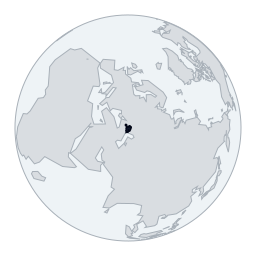 globe centered on Kalmyk, rotated 64°
{"feature_id": "RUS-2390", "entity_name": "Kalmyk", "entity_type": "Republic", "adm_level": 1, "iso_a3": "RUS", "parent_name": "Russia", "parent_adm1": "", "projection": "orthographic", "projection_center": [44.737, 46.505], "detail": "coarse", "context": "on_globe", "style": "filled", "palette": "ink", "viewbox_px": 256, "rotation_deg": 64, "n_neighbors": 0, "source": "natural_earth", "source_scale": "10m", "svg_char_len": 10725}
<svg xmlns="http://www.w3.org/2000/svg" viewBox="0 0 256 256"><g transform="rotate(64 128 128)"><circle cx="128" cy="128" r="113" fill="#eef3f6" stroke="#a8b0b8"/><path d="M112.6,16.4L114.2,16.7L111.2,16.9L112.1,17.1L116.0,16.9L118.3,16.8L126.8,19.0L139.3,21.4L144.4,21.3L142.3,22.1L152.8,21.7L160.3,23.6L151.1,22.1L149.6,22.4L154.3,23.8L153.8,24.5L155.8,25.7L154.8,26.5L149.4,25.9L148.7,26.4L152.1,27.4L153.2,29.1L148.3,27.5L149.7,30.2L141.1,30.2L128.9,26.3L123.3,27.8L108.7,28.3L109.3,29.3L104.2,30.5L102.9,32.2L100.6,32.0L101.6,33.6L104.0,33.4L105.2,34.1L104.7,35.2L101.6,35.1L101.4,34.5L100.2,35.0L98.9,34.6L99.3,35.4L95.6,35.3L98.4,37.0L94.8,38.3L92.6,37.8L93.9,35.8L92.0,30.3L90.2,29.6L86.3,30.4L76.6,36.3L74.1,36.5L69.9,38.5L70.8,39.1L74.4,37.9L74.9,39.9L79.2,38.5L80.1,39.2L84.0,38.8L82.2,41.2L78.3,43.9L74.9,44.4L73.1,45.7L75.4,47.3L68.1,50.6L61.8,57.0L60.0,57.7L58.3,55.1L60.8,49.6L58.6,47.1L58.8,51.2L54.4,53.4L53.2,54.9L52.7,56.4L53.9,56.6L52.2,58.0L51.3,54.2L52.9,52.9L53.1,54.0L54.3,51.6L53.7,49.5L51.5,51.0L52.9,46.9L51.4,48.0L50.9,47.9L53.2,46.3L49.0,49.2L50.3,46.5L47.9,48.8L53.9,43.2L60.2,38.0L67.0,33.3L74.0,29.2L81.3,25.5L88.8,22.4L96.6,19.8L104.5,17.8L112.6,16.4ZM15.6,134.7L16.0,139.4L17.6,149.5L18.5,154.3L16.6,144.6L15.6,134.7ZM119.4,16.6L116.1,16.9L112.8,16.9L115.6,16.6L119.4,16.6ZM125.7,17.2L124.0,17.4L123.1,16.8L124.3,16.9L125.7,17.2ZM148.1,21.2L145.5,20.6L148.2,21.0L148.1,21.2ZM156.3,25.7L157.2,25.7L157.8,26.4L156.3,25.7ZM84.8,37.5L84.4,38.1L83.8,37.9L84.8,37.5ZM86.8,36.8L86.4,36.1L87.4,35.6L87.6,36.1L86.8,36.8ZM156.8,28.3L157.6,29.4L155.9,28.1L156.8,28.3ZM87.1,37.8L89.0,35.0L90.7,34.3L92.9,35.5L87.1,37.8ZM157.4,30.0L159.4,33.1L161.5,33.2L156.5,34.8L156.5,31.5L154.1,29.8L156.4,30.5L157.4,30.0ZM105.0,32.9L102.4,33.1L105.0,32.0L105.0,32.9ZM106.3,32.1L112.6,28.1L116.1,28.5L113.3,29.7L118.3,29.6L116.9,31.7L113.9,32.2L111.9,31.5L112.9,32.9L106.3,32.1ZM153.3,35.3L153.0,36.0L152.4,35.2L153.3,35.3ZM105.9,34.3L106.9,33.4L110.0,33.6L108.7,35.5L108.1,34.8L105.9,34.3ZM120.2,28.6L122.3,29.2L121.8,31.1L122.5,31.6L117.2,31.8L120.2,28.6ZM107.1,35.3L107.9,36.5L105.9,37.4L105.2,35.2L107.1,35.3ZM111.4,33.0L112.8,33.2L111.6,33.7L111.4,33.0ZM99.5,41.5L100.6,40.2L102.3,40.2L99.5,41.5ZM108.3,36.9L109.0,36.6L109.8,36.5L109.9,37.5L108.3,36.9ZM117.2,33.2L116.5,33.9L119.3,33.2L119.1,34.7L115.5,34.6L116.9,35.2L116.8,35.7L114.1,35.1L117.2,33.2ZM112.4,38.2L107.8,38.8L105.5,41.1L103.9,41.1L108.0,37.5L112.4,38.2ZM113.6,36.4L112.5,37.5L111.1,36.9L111.0,35.8L113.6,36.4ZM120.1,35.7L121.5,33.5L122.2,33.6L120.1,35.7ZM112.0,38.9L113.1,38.8L112.0,39.2L112.0,38.9ZM117.9,36.8L118.3,36.0L119.1,36.1L117.9,36.8ZM115.0,39.3L113.6,39.4L113.4,38.6L115.0,39.3ZM116.6,38.2L117.6,38.7L114.3,38.3L116.6,37.8L116.6,38.2ZM118.7,37.1L119.3,36.9L118.4,37.4L118.7,37.1ZM116.4,42.3L112.2,42.0L111.9,40.2L116.0,40.7L116.4,42.3ZM34.8,163.6L31.5,144.9L34.5,141.7L36.0,135.0L57.3,124.7L60.8,129.0L76.4,134.0L78.1,135.9L75.1,140.9L85.9,152.5L90.7,149.1L101.6,155.7L109.6,156.9L114.5,146.5L101.4,144.4L100.3,138.5L111.7,135.7L123.3,137.7L123.3,135.5L116.9,129.9L120.5,126.2L114.8,127.6L116.4,130.1L112.8,131.2L111.2,129.0L112.5,127.7L109.3,126.2L103.7,133.1L104.7,136.3L95.6,135.7L96.5,141.2L93.7,142.8L91.2,134.3L92.2,131.6L86.8,121.1L85.0,123.7L89.9,134.0L87.9,132.7L85.5,136.8L85.8,132.7L80.8,121.1L73.3,119.7L62.1,126.5L58.0,124.9L55.4,120.2L61.3,110.1L69.6,114.8L71.8,111.7L71.6,104.9L74.1,107.1L75.1,105.0L78.4,106.6L84.5,103.6L88.1,104.6L91.9,98.7L94.2,98.5L91.3,102.0L91.2,105.2L100.2,108.0L102.4,107.1L104.1,103.1L106.4,104.6L107.0,100.4L112.8,100.2L106.1,97.0L108.0,92.7L112.3,90.1L111.7,88.2L104.7,92.4L103.0,94.7L103.4,97.4L97.7,103.6L94.3,103.7L95.7,95.5L91.0,94.9L94.2,89.1L111.2,80.7L117.6,79.9L125.2,87.7L122.9,90.2L119.1,88.6L121.3,94.1L121.8,91.7L123.7,93.0L125.9,89.5L127.4,90.3L127.1,85.7L129.1,86.3L129.3,89.2L134.3,84.8L138.9,85.2L139.4,83.8L138.6,82.3L144.9,84.0L145.0,82.9L142.9,82.0L141.7,79.3L142.0,75.4L144.2,76.2L144.4,77.7L148.1,82.2L148.2,86.4L149.1,86.3L149.5,82.9L145.0,77.4L144.6,74.8L147.1,77.1L146.1,76.1L146.6,75.1L149.1,74.9L146.5,72.3L148.7,61.1L153.8,59.9L155.8,62.9L159.6,56.8L165.0,56.4L163.1,55.4L163.6,52.2L161.9,52.2L161.0,51.5L161.7,43.7L163.5,42.7L161.6,38.8L160.6,38.4L159.1,38.9L156.5,34.8L161.5,33.2L163.5,34.2L165.3,32.7L169.6,35.4L174.0,37.1L177.5,41.2L180.7,42.4L181.0,41.7L185.6,43.0L193.7,48.4L185.6,47.0L173.1,40.5L178.0,43.3L176.5,43.6L177.9,45.3L181.5,47.3L182.2,46.9L185.5,56.1L193.0,64.4L193.6,60.8L196.5,60.9L205.7,68.5L213.9,86.3L217.8,87.6L219.7,90.0L220.0,93.9L217.2,90.4L215.3,91.3L213.7,88.9L213.2,94.4L210.9,91.2L211.6,97.2L214.0,98.5L215.3,94.8L217.0,101.6L221.5,102.7L224.7,107.6L226.3,122.3L223.8,130.6L224.3,132.6L221.9,132.8L220.9,138.9L227.0,144.1L227.5,146.8L224.9,156.3L224.4,154.5L218.1,155.2L218.5,162.4L223.3,163.4L225.0,167.7L222.0,169.1L220.1,165.4L217.8,165.5L217.3,159.7L213.4,153.1L210.3,157.6L209.5,154.1L203.6,149.7L198.5,155.9L191.0,170.7L191.7,179.8L188.4,185.3L180.2,175.5L177.1,167.0L173.7,169.1L165.5,163.3L150.2,166.1L148.4,163.8L145.5,165.5L139.8,163.5L137.1,159.4L133.5,159.9L140.6,170.5L144.6,169.9L148.3,165.2L149.5,169.0L155.1,171.6L147.7,181.8L125.6,190.8L124.1,183.8L110.6,162.5L111.3,160.2L111.3,159.9L111.2,159.4L109.3,163.1L107.2,158.7L113.7,174.0L114.5,180.1L125.3,191.2L124.1,192.2L127.8,194.3L140.2,191.3L140.2,193.5L133.9,203.7L117.2,215.4L119.8,222.5L119.2,227.8L109.7,230.0L111.4,233.3L106.6,233.6L106.9,235.1L103.6,235.7L97.6,235.4L86.6,232.1L85.2,230.9L78.6,226.6L69.1,215.8L71.1,212.6L69.8,208.4L61.9,195.7L63.6,190.7L61.6,187.2L57.6,185.7L55.4,181.4L53.0,179.9L38.6,171.5L34.8,163.6ZM48.8,133.3L47.9,135.1L48.8,133.3ZM134.9,145.3L142.3,145.4L140.1,138.4L142.8,138.0L141.0,135.9L139.9,137.9L135.9,132.1L139.5,129.8L139.1,126.7L136.6,126.6L130.7,131.7L136.5,140.0L134.3,142.9L134.9,145.3ZM43.4,53.7L42.3,54.9L43.4,53.7ZM54.5,53.6L54.5,54.0L53.7,55.6L53.4,55.1L54.5,53.6ZM54.2,61.9L51.4,64.0L53.2,62.0L52.2,61.6L54.8,57.1L59.3,57.9L56.8,58.2L54.2,61.9ZM59.4,51.6L57.3,54.2L59.5,51.4L59.4,51.6ZM77.0,93.0L77.7,95.0L75.7,96.9L71.2,96.2L74.0,93.4L77.0,93.0ZM79.0,97.6L81.7,90.1L84.6,90.4L82.5,91.4L84.2,92.4L81.3,94.4L81.4,102.4L79.7,104.7L72.3,101.8L75.7,101.4L74.9,99.3L79.0,97.6ZM83.4,72.2L84.6,69.4L89.3,73.6L87.7,75.7L83.1,75.0L82.3,72.1L83.4,72.2ZM90.6,40.8L90.7,39.9L91.6,39.8L92.1,40.6L90.6,40.8ZM99.8,40.9L90.8,44.8L90.5,43.9L85.6,47.5L82.9,46.7L86.2,44.3L80.4,46.5L82.3,44.0L78.5,45.9L86.1,40.7L87.6,38.7L87.0,41.2L89.4,42.0L90.9,41.7L96.2,39.7L100.6,36.1L103.7,36.6L104.7,37.8L104.1,38.7L102.3,38.1L102.8,39.8L99.8,39.6L99.8,40.9ZM115.0,55.4L113.1,53.8L113.7,58.1L110.6,57.5L110.9,58.1L108.2,58.8L105.4,60.8L104.1,60.1L103.6,61.2L101.8,61.8L100.6,63.0L97.9,62.4L96.3,63.9L96.0,62.8L93.8,65.6L94.2,63.3L91.9,64.0L92.7,65.9L81.4,60.7L76.4,60.7L71.9,62.1L73.2,58.2L78.3,54.5L84.8,51.7L89.5,52.4L89.3,50.7L91.5,50.5L90.7,52.0L93.1,49.7L94.7,50.0L100.6,48.2L103.1,45.0L105.3,44.4L105.1,45.8L107.4,44.2L108.6,46.5L110.2,46.2L112.9,48.3L111.7,51.4L113.6,50.8L115.7,52.5L115.0,55.4ZM117.0,42.9L116.2,46.6L114.1,48.1L110.2,43.9L108.6,43.9L106.0,41.4L109.1,39.3L109.6,40.2L110.7,40.5L109.3,41.0L111.3,40.9L112.0,42.1L113.8,42.4L113.0,43.5L117.0,42.9ZM80.8,134.5L82.3,135.4L84.8,136.0L83.3,138.8L80.8,134.5ZM77.3,126.8L78.8,127.0L77.8,130.9L76.3,130.1L77.3,126.8ZM80.3,123.9L78.9,126.7L78.8,124.7L80.3,123.9ZM92.7,102.1L94.4,102.1L94.2,103.1L93.0,104.3L92.7,102.1ZM116.1,69.0L115.3,67.7L116.0,67.3L116.6,63.9L118.9,64.1L119.5,66.3L116.1,69.0ZM111.9,148.1L109.1,149.9L108.1,148.7L109.2,148.3L111.9,148.1ZM95.2,144.7L98.6,147.0L94.7,145.4L95.2,144.7ZM118.7,68.8L118.7,67.3L119.9,68.4L118.7,68.8ZM120.7,64.2L122.2,65.1L119.3,63.8L120.7,64.2ZM138.9,226.8L132.2,234.7L126.8,234.8L125.3,232.8L127.5,228.1L133.6,226.5L136.6,223.8L138.9,226.8ZM234.9,162.8L235.7,160.8L235.5,161.3L234.9,162.8ZM234.2,163.9L235.2,161.5L233.8,165.1L234.2,163.9ZM235.6,160.5L236.7,157.2L237.1,155.5L236.9,156.4L235.6,160.5ZM233.3,165.6L227.9,174.6L225.5,177.0L226.3,175.0L230.3,169.7L233.3,165.6ZM226.1,175.2L222.0,176.6L214.6,172.3L217.3,170.2L224.7,169.8L224.2,171.4L226.7,171.2L226.1,175.2ZM235.0,155.5L234.5,159.4L231.7,164.1L230.4,165.8L229.4,163.0L230.0,159.9L231.2,158.2L234.6,143.2L236.0,142.5L235.3,148.1L236.4,148.9L235.0,155.5ZM192.3,180.4L195.2,184.2L193.2,186.0L192.3,180.4ZM234.9,134.7L234.2,141.1L234.6,133.8L234.9,134.7ZM234.5,128.6L235.1,130.2L234.1,129.7L234.5,128.6ZM225.2,135.1L223.9,137.5L223.4,136.2L224.7,132.5L225.2,135.1ZM227.1,111.8L229.0,115.6L229.4,117.3L227.9,115.9L227.1,111.8ZM138.7,70.5L135.2,74.8L134.3,78.4L136.2,81.1L132.1,79.3L133.5,73.7L138.7,70.5ZM147.2,62.1L145.5,60.0L147.2,59.8L147.8,60.3L147.2,62.1ZM145.5,61.5L141.7,61.0L141.4,59.2L144.5,59.9L145.5,61.5ZM130.2,64.6L129.0,65.8L128.0,64.9L130.2,64.6ZM237.0,156.3L236.7,157.5L237.6,154.1L237.0,156.3ZM240.5,133.3L240.3,135.3L240.6,130.2L240.5,133.3ZM239.4,143.2L239.3,144.3L239.2,144.7L239.4,143.2ZM240.1,138.9L239.6,142.3L239.8,141.2L240.1,138.9L240.1,138.9ZM237.0,148.2L237.4,149.4L238.4,145.0L237.6,149.3L238.0,150.7L237.6,152.7L237.3,151.0L236.6,155.6L236.1,156.8L236.2,154.2L236.8,148.8L237.3,145.8L239.1,139.6L237.0,148.2ZM239.9,138.7L239.7,137.1L239.8,134.7L240.0,135.1L239.9,138.7ZM238.6,133.7L237.5,133.1L237.0,136.3L237.5,127.9L238.6,129.9L238.6,133.7ZM236.9,129.2L236.5,132.2L236.6,127.7L236.9,129.2ZM236.1,131.7L235.5,129.8L236.1,128.6L236.1,131.7ZM237.2,128.2L236.4,124.4L237.2,125.6L237.2,128.2ZM233.9,125.8L236.1,125.9L234.1,128.8L231.6,122.2L232.3,120.2L233.9,125.8ZM222.7,88.2L221.3,86.7L221.2,84.6L222.2,86.2L222.7,88.2ZM219.7,77.0L220.7,83.6L221.3,89.2L222.2,88.9L224.3,93.0L221.7,91.8L219.7,85.5L219.7,81.9L217.5,78.8L216.2,74.8L213.2,72.0L212.0,69.7L214.6,71.1L219.7,77.0ZM211.9,71.0L206.3,65.5L207.1,63.0L208.6,63.7L210.8,67.2L210.2,68.3L211.9,71.0ZM205.1,63.5L204.5,64.5L194.8,59.9L193.0,58.4L200.8,60.3L200.6,61.4L202.9,63.0L205.1,63.5ZM154.3,36.3L153.1,36.1L154.0,35.7L154.3,36.3ZM160.1,51.6L159.1,50.6L160.1,50.1L160.1,51.6ZM156.8,47.7L156.3,48.9L155.9,47.3L156.8,47.7ZM155.3,51.8L155.6,49.3L156.6,52.2L155.3,51.8Z" fill="#d9dde1" stroke="#a8b0b8" stroke-width="1"/><path d="M131.8,129.8L131.3,131.3L131.2,131.1L131.0,131.4L129.3,131.0L129.2,130.6L127.3,129.8L126.8,129.1L125.5,128.5L125.0,129.0L124.5,128.7L124.4,129.1L123.9,128.9L123.8,128.6L124.6,128.3L124.3,127.9L124.5,127.8L125.6,128.1L126.1,128.6L126.5,128.6L126.7,128.2L126.9,128.3L126.8,127.8L127.4,127.2L127.5,126.1L127.2,126.0L126.8,126.5L126.5,125.9L127.1,125.2L127.5,125.3L127.6,125.0L127.5,124.9L127.4,124.6L127.8,125.0L128.3,124.7L129.3,125.0L129.4,125.6L130.1,126.1L130.7,125.9L130.4,126.2L131.3,127.5L131.0,127.8L131.0,128.1L130.4,128.4L130.9,128.5L130.9,128.8L131.3,128.7L131.0,129.8L131.6,129.6L131.8,129.8Z" fill="#0f172a" stroke="#020617" stroke-width="1.5"/></g></svg>